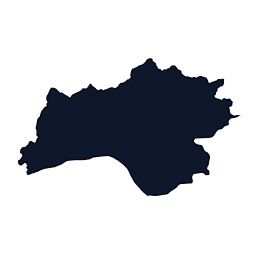 the district of Bukit Mabong, Sarawak, Malaysia, rotated 178°
{"feature_id": "92858781B56085190058706", "entity_name": "Bukit Mabong", "entity_type": "district", "adm_level": 2, "iso_a3": "MYS", "parent_name": "Malaysia", "parent_adm1": "Sarawak", "projection": "natural_earth1", "projection_center": [113.729, 1.769], "detail": "fine", "context": "isolated", "style": "filled", "palette": "ink", "viewbox_px": 256, "rotation_deg": 178, "n_neighbors": 0, "source": "geoboundaries", "source_scale": "gbopen_adm2", "svg_char_len": 4667}
<svg xmlns="http://www.w3.org/2000/svg" viewBox="0 0 256 256"><g transform="rotate(178 128 128)"><path d="M23.1,150.1L24.4,151.6L25.3,152.9L25.8,153.2L27.1,152.9L28.1,152.6L29.1,152.9L30.0,153.6L31.1,153.7L32.4,152.9L33.1,151.8L34.1,151.6L34.8,152.6L35.5,153.1L38.1,153.7L39.0,154.2L40.2,154.7L40.7,155.2L40.9,156.0L41.4,156.7L41.0,157.8L40.2,158.4L39.7,158.9L39.6,159.4L39.5,160.3L39.3,161.2L39.0,161.5L38.4,161.7L37.8,162.9L38.1,163.6L38.2,164.4L37.5,164.8L36.7,165.4L36.0,165.8L35.0,166.5L34.0,167.1L32.4,167.3L32.0,167.8L31.4,169.0L31.1,170.2L31.3,171.0L31.0,173.0L32.0,173.3L32.8,172.8L33.7,172.8L34.8,173.1L36.0,173.1L37.0,172.2L37.8,171.6L39.1,171.4L40.0,171.2L41.0,170.5L41.8,170.5L43.0,170.3L43.8,169.2L44.5,169.1L45.7,169.7L46.8,170.7L47.0,172.1L47.4,173.2L48.0,174.2L48.4,175.0L49.0,175.2L50.0,175.4L52.0,176.1L52.7,176.6L53.9,176.8L55.6,176.3L57.1,175.6L57.6,175.0L59.1,175.3L59.7,175.9L60.6,176.1L62.0,175.2L62.8,175.2L63.8,176.0L64.7,176.0L65.9,176.5L66.4,176.8L67.5,176.8L68.5,176.7L69.5,177.3L70.8,178.2L72.0,179.2L72.6,179.7L73.1,180.8L73.4,182.6L74.1,183.4L75.0,183.6L76.1,184.1L76.8,184.9L77.5,186.1L79.5,188.3L81.2,188.3L82.8,187.6L83.2,186.6L83.9,186.0L86.1,185.4L87.1,184.4L88.7,184.6L89.7,184.6L91.4,183.4L92.1,183.2L93.1,183.8L93.6,184.8L94.3,185.2L95.9,185.4L96.7,186.2L97.1,187.8L98.0,188.7L98.3,189.9L98.6,191.5L99.4,192.0L100.8,193.1L101.8,193.9L101.7,195.5L102.6,196.2L103.6,195.9L104.2,196.2L106.0,195.4L106.8,194.4L107.5,193.5L108.5,192.4L109.9,191.1L111.7,190.1L114.0,189.7L117.6,187.6L121.1,186.5L122.2,184.8L123.2,180.4L122.4,178.9L123.8,177.1L125.1,176.1L126.8,175.7L128.0,174.6L129.0,173.8L130.9,172.9L132.3,172.7L133.5,172.6L135.1,171.2L135.9,169.6L136.9,169.0L138.8,167.7L140.0,167.5L140.5,167.6L141.5,168.3L143.0,168.6L144.4,168.3L147.5,167.0L149.4,166.6L150.7,165.9L152.1,165.9L153.2,167.0L154.7,166.8L156.4,165.7L158.7,167.4L159.5,168.5L160.8,169.5L162.6,170.9L163.3,171.8L163.6,172.6L164.1,172.8L164.8,172.0L165.4,170.9L166.2,170.0L167.3,168.6L168.2,168.3L170.3,168.4L171.7,168.4L172.6,167.2L175.3,165.5L177.1,164.9L180.2,163.5L181.5,163.1L183.2,161.5L183.6,160.3L184.3,159.7L185.2,159.6L185.9,160.3L187.6,161.3L188.6,162.1L189.9,162.8L191.1,163.6L192.5,164.8L193.6,165.0L195.3,165.2L195.9,166.0L196.7,166.8L198.5,168.8L199.6,169.5L201.1,170.1L203.0,170.2L204.0,169.1L205.0,167.1L205.5,166.0L206.0,164.4L207.3,163.1L207.8,161.5L208.0,160.1L207.8,159.0L207.0,157.6L206.8,156.4L207.4,155.5L208.0,154.7L207.8,153.1L208.0,151.7L209.6,151.6L211.0,150.3L211.8,149.3L212.7,148.2L213.5,147.2L214.6,144.2L215.0,142.4L216.5,141.0L217.6,139.7L218.5,135.6L218.9,133.7L219.6,131.2L219.1,129.9L218.7,127.1L219.2,124.3L218.4,123.6L217.4,121.8L218.9,120.1L219.6,118.4L220.0,116.5L222.8,115.8L224.9,117.5L226.2,117.7L227.4,115.9L227.9,114.4L229.1,113.9L230.3,112.4L232.3,111.8L234.1,111.7L235.6,109.8L236.1,107.5L234.3,106.1L233.6,103.8L234.8,102.1L236.5,99.6L238.2,99.1L238.3,97.7L238.2,96.4L237.5,95.5L236.9,95.2L235.9,95.0L235.0,95.8L233.3,97.1L232.2,97.3L230.2,97.2L230.2,95.6L229.0,94.6L229.5,92.7L230.3,92.4L229.9,91.2L228.8,90.6L228.8,89.5L229.6,88.7L230.2,87.9L230.2,86.8L229.9,85.6L229.4,85.2L228.1,85.7L227.6,85.7L225.7,86.5L223.0,87.2L219.1,88.5L217.8,89.2L213.9,90.6L210.3,91.2L202.8,92.1L199.2,93.5L196.3,94.4L193.6,96.0L190.9,97.6L188.2,98.1L182.5,98.4L176.4,98.2L172.3,98.2L167.2,98.9L164.2,100.4L153.8,101.3L148.2,101.4L143.9,99.6L141.4,98.0L139.5,96.8L137.2,95.1L135.3,93.4L133.5,92.0L131.9,90.2L130.3,88.5L128.9,86.5L128.0,84.4L126.5,80.7L124.5,76.8L123.3,74.3L122.1,72.6L120.5,70.8L119.0,69.1L117.6,67.4L116.4,65.6L114.3,63.5L110.6,60.2L110.2,60.7L105.2,60.1L102.6,59.8L100.4,60.0L92.6,60.9L90.7,61.3L88.8,63.0L87.4,64.0L84.6,65.6L82.0,67.3L80.6,68.8L79.6,70.0L77.7,70.8L66.3,71.2L65.7,72.9L66.2,74.8L66.3,77.5L64.8,80.1L63.6,80.5L57.4,81.2L55.2,81.3L53.6,80.6L52.7,79.8L52.0,79.0L50.7,78.8L49.2,78.9L48.9,79.7L49.0,81.6L49.5,82.7L50.9,83.5L51.2,84.1L50.6,86.8L49.5,88.3L49.1,89.7L48.8,92.0L48.4,93.3L47.7,95.9L48.1,97.9L49.7,100.1L51.6,101.2L53.3,103.0L54.2,105.9L55.3,107.6L58.2,108.2L60.4,109.0L62.4,110.6L63.2,111.7L63.3,113.5L62.3,115.0L61.1,115.9L47.8,116.0L46.3,116.1L44.4,116.5L43.1,117.7L41.6,119.7L40.6,121.2L39.4,122.5L38.4,123.4L37.3,123.9L35.7,124.1L34.3,124.5L33.1,125.7L31.7,126.9L27.8,128.2L28.0,129.6L28.0,130.8L27.4,132.6L25.9,134.0L25.3,134.4L24.4,134.8L23.6,134.9L22.9,135.0L21.9,135.0L20.9,135.1L19.7,135.5L18.7,135.8L17.7,136.3L19.0,136.4L20.1,136.1L21.2,135.9L22.2,136.2L23.4,136.9L24.1,137.3L25.3,138.1L26.0,139.1L26.3,141.0L26.3,142.6L26.9,144.2L26.9,145.1L26.4,146.0L25.5,146.3L24.4,146.7L23.7,147.2L23.6,148.8L23.4,149.9L23.1,150.1Z" fill="#0f172a" stroke="#020617" stroke-width="1.5"/></g></svg>